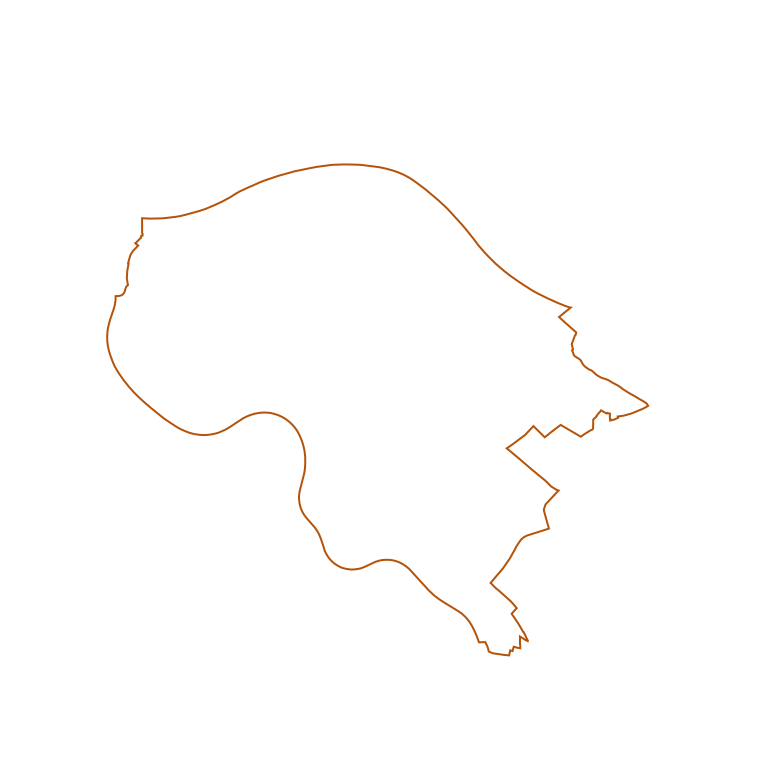 the district of West Maas en Waal, Gelderland, Netherlands, rotated 47°
{"feature_id": "6326949B55972615712171", "entity_name": "West Maas en Waal", "entity_type": "district", "adm_level": 2, "iso_a3": "NLD", "parent_name": "Netherlands", "parent_adm1": "Gelderland", "projection": "albers", "projection_center": [5.532, 51.852], "detail": "fine", "context": "isolated", "style": "outline", "palette": "amber", "viewbox_px": 768, "rotation_deg": 47, "n_neighbors": 0, "source": "geoboundaries", "source_scale": "gbopen_adm2", "svg_char_len": 6043}
<svg xmlns="http://www.w3.org/2000/svg" viewBox="0 0 768 768"><g transform="rotate(47 384 384)"><path d="M455.4,195.4L454.5,196.1L449.9,198.5L442.6,201.9L436.3,204.5L432.7,206.0L425.1,208.9L422.9,209.7L419.8,210.8L414.8,212.3L413.1,212.7L407.8,214.1L400.2,215.9L394.4,217.1L390.7,217.9L386.2,218.6L383.0,219.1L373.9,220.1L372.2,220.3L362.2,220.7L355.7,220.7L350.2,220.5L346.1,220.3L338.8,219.5L333.4,219.1L328.6,218.7L320.9,218.3L311.4,218.2L304.6,218.1L298.9,218.1L293.7,218.4L287.4,218.9L281.0,219.6L274.8,220.4L271.1,220.8L267.8,221.3L258.0,223.1L255.3,223.6L252.6,224.3L250.9,224.7L247.8,225.7L245.2,226.6L242.5,227.7L239.8,228.9L236.5,230.5L234.7,231.5L232.0,233.1L228.4,235.3L224.6,237.9L221.7,240.0L207.7,251.7L203.4,256.0L199.0,260.5L195.2,264.6L189.6,271.0L188.1,272.8L179.5,284.9L175.8,290.7L167.5,304.3L164.2,310.7L159.9,318.9L153.3,333.5L151.5,338.3L149.0,345.6L147.1,351.0L144.8,358.0L143.8,362.2L143.7,362.8L142.5,369.2L140.0,378.7L137.8,385.3L135.0,393.1L134.5,394.5L131.6,400.9L124.9,413.7L121.7,419.4L121.1,420.2L119.2,423.0L114.2,429.8L112.2,432.4L111.3,433.6L103.5,442.3L99.0,446.7L97.8,447.9L108.6,457.9L108.7,458.0L109.7,458.2L110.8,459.5L110.1,460.4L110.3,460.9L110.7,461.2L111.1,461.8L111.3,462.0L111.2,462.3L111.3,463.4L111.5,468.9L112.1,469.7L112.0,469.8L112.8,469.8L112.9,469.6L113.0,469.6L114.4,469.5L115.1,469.4L115.4,474.7L115.3,475.8L115.6,477.4L116.0,478.7L116.2,479.7L116.7,481.1L117.3,482.5L118.8,485.0L120.9,488.4L121.3,489.0L121.8,488.7L126.0,494.4L131.5,500.2L131.9,500.4L137.1,503.9L136.9,504.3L137.0,505.3L137.1,506.1L137.7,507.6L138.0,508.1L139.1,509.8L139.5,510.7L139.9,511.6L140.1,512.2L140.3,514.5L140.2,515.2L139.5,516.6L139.0,517.6L136.7,520.4L139.1,522.6L142.3,526.5L144.8,530.5L149.1,538.5L151.4,542.5L154.0,546.5L156.1,549.4L160.1,553.7L164.0,557.2L168.0,560.1L172.0,562.5L175.9,564.4L179.9,566.1L183.9,567.7L187.8,569.0L191.8,569.9L195.8,570.7L203.7,571.8L207.7,572.1L211.6,572.4L219.6,572.6L227.5,572.3L235.5,571.6L243.4,570.7L247.4,570.1L251.3,569.6L255.3,569.0L259.3,568.4L263.3,567.5L267.2,566.6L271.2,565.6L275.2,564.6L279.1,563.2L283.1,561.5L287.1,559.5L291.1,557.0L295.0,553.9L299.0,550.1L301.6,546.8L304.3,542.8L306.5,538.8L308.0,534.8L309.3,530.9L310.2,526.9L312.9,511.0L314.0,507.0L315.5,503.0L317.5,499.0L319.9,495.1L323.1,491.1L327.3,487.1L330.9,484.7L334.9,482.5L338.8,480.9L342.8,479.8L346.8,479.1L350.8,478.8L354.7,478.9L358.7,479.4L362.7,480.4L366.6,481.7L370.6,483.3L374.6,485.3L378.5,487.6L383.4,491.2L387.8,495.2L391.7,499.2L394.9,503.2L402.5,515.1L405.1,519.1L408.5,523.1L410.2,524.6L414.2,527.5L418.1,529.6L422.1,531.0L426.1,531.8L430.0,532.1L442.0,532.5L445.9,533.1L449.9,534.1L453.9,535.6L461.8,539.2L465.7,541.2L469.7,542.3L473.7,543.0L477.7,543.1L481.6,542.7L485.6,541.7L489.6,540.2L493.5,537.7L497.5,534.4L500.1,531.2L502.7,527.3L504.4,523.3L505.7,519.3L507.0,515.3L508.3,511.4L509.1,509.7L509.9,508.0L510.9,506.4L511.9,504.9L512.7,503.9L513.7,502.7L515.1,501.2L516.8,499.5L518.7,498.0L520.6,496.7L522.7,495.5L524.9,494.4L527.2,493.6L529.4,492.9L532.1,492.3L534.5,491.9L537.3,491.7L553.2,491.9L557.1,491.9L565.1,492.0L569.1,491.8L573.0,491.5L577.0,490.8L581.0,490.0L584.9,489.0L600.8,484.6L604.8,483.7L608.8,483.4L612.7,483.4L616.7,483.8L620.7,484.6L624.6,485.7L628.6,487.0L632.6,488.5L637.7,490.7L639.7,488.4L642.0,485.9L643.0,486.4L645.0,486.9L646.2,487.3L647.4,487.8L648.4,488.3L649.7,489.0L651.1,489.8L654.9,488.2L655.1,488.0L656.4,487.1L659.0,484.9L661.6,482.9L663.5,481.4L665.0,480.1L667.8,477.6L664.9,473.3L667.0,472.1L664.6,468.3L667.8,466.4L670.2,464.6L667.8,462.4L667.1,462.0L666.3,461.3L661.4,456.8L668.7,454.8L670.1,454.2L669.9,453.9L664.4,452.2L660.8,451.1L660.6,451.1L660.5,451.3L660.3,451.3L651.0,449.2L642.2,447.8L641.8,447.8L639.1,447.3L638.6,442.1L638.5,439.8L633.0,439.5L629.0,439.5L613.7,440.9L610.1,441.4L606.4,441.6L604.0,441.6L602.2,441.7L600.9,431.0L600.9,430.9L600.2,424.3L600.0,422.8L599.3,419.7L597.8,412.6L597.2,410.3L595.1,403.8L594.7,402.2L594.3,401.3L592.9,397.2L592.8,396.6L592.2,394.5L591.5,391.0L591.3,389.8L591.3,388.4L591.4,386.8L591.5,385.9L591.7,385.3L592.1,383.6L592.5,382.5L596.6,373.9L597.9,371.2L600.1,366.5L601.6,363.4L602.1,362.2L602.2,361.9L601.3,361.5L597.9,359.8L585.5,353.3L585.3,353.2L584.9,352.8L582.6,348.7L582.2,347.7L581.0,329.6L581.0,329.0L579.4,329.8L578.9,330.0L574.9,331.1L573.1,331.6L571.6,331.7L566.0,331.9L564.2,332.0L557.4,332.9L554.7,333.3L546.8,334.3L532.3,335.9L514.7,338.1L515.0,336.8L515.9,330.4L516.8,321.7L517.5,315.6L517.0,307.7L516.7,303.4L532.6,302.8L532.6,301.9L532.8,300.4L533.3,293.3L533.5,292.1L533.4,292.1L533.5,291.5L533.7,289.3L534.4,282.7L556.8,276.0L557.4,271.4L557.8,269.4L558.4,266.3L558.7,264.9L559.3,262.9L559.4,262.6L559.4,262.2L559.3,261.9L559.2,261.6L559.1,261.4L552.7,255.2L552.7,250.6L552.6,250.4L552.3,250.3L552.2,250.2L551.7,246.2L551.5,244.1L551.3,243.2L554.9,242.2L556.7,241.5L557.6,241.1L557.7,240.9L557.5,240.4L557.8,240.1L558.0,240.0L558.7,239.8L559.1,239.6L559.9,238.9L561.6,240.9L562.3,241.4L563.9,242.7L564.3,242.4L565.0,243.4L565.6,242.4L567.1,239.7L567.3,239.1L568.4,235.7L567.2,235.2L570.6,230.3L570.9,229.8L574.1,223.6L574.4,222.9L576.4,217.7L578.0,213.4L578.5,211.9L579.0,210.3L579.7,207.6L580.1,205.7L577.9,205.3L577.0,205.3L576.3,205.4L573.9,206.0L572.5,206.4L569.8,207.3L564.4,208.8L558.3,210.8L551.6,212.6L550.7,212.8L548.3,213.1L547.8,213.3L546.7,213.4L544.3,214.1L538.2,216.2L535.5,216.9L534.4,217.2L530.8,218.9L528.9,220.1L527.8,220.7L523.5,222.1L522.5,222.3L521.7,222.5L521.1,222.5L519.1,222.6L516.1,222.9L515.7,223.0L515.2,223.2L513.5,224.0L513.1,224.2L510.5,224.7L509.2,225.0L508.2,225.1L506.6,225.2L504.7,225.0L504.1,224.9L501.5,224.1L500.9,224.0L500.4,224.0L498.2,224.3L495.4,225.1L493.5,225.5L493.0,225.5L492.1,225.3L491.5,225.1L489.5,224.1L488.3,223.7L487.6,223.5L487.7,222.2L485.9,221.2L483.1,219.7L482.8,219.3L482.5,218.9L482.0,217.9L481.7,217.1L479.2,212.2L478.7,211.2L478.8,210.4L477.7,208.7L477.3,208.2L476.7,208.3L469.5,209.0L466.7,209.2L463.4,209.6L463.2,209.6L454.4,210.3L455.4,195.4Z" fill="none" stroke="#b45309" stroke-width="2"/></g></svg>